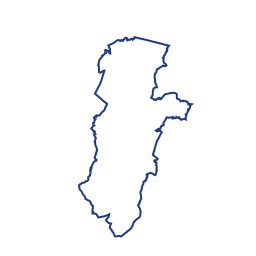 the district of Livezi, Bacau, Romania, rotated 133°
{"feature_id": "2599482B64810477676491", "entity_name": "Livezi", "entity_type": "district", "adm_level": 2, "iso_a3": "ROU", "parent_name": "Romania", "parent_adm1": "Bacau", "projection": "equal_earth", "projection_center": [26.736, 46.405], "detail": "fine", "context": "isolated", "style": "outline", "palette": "blue", "viewbox_px": 256, "rotation_deg": 133, "n_neighbors": 0, "source": "geoboundaries", "source_scale": "gbopen_adm2", "svg_char_len": 5649}
<svg xmlns="http://www.w3.org/2000/svg" viewBox="0 0 256 256"><g transform="rotate(133 128 128)"><path d="M213.8,88.8L209.0,85.3L205.1,83.2L204.0,82.9L205.5,81.9L206.5,81.5L209.8,81.5L210.6,81.1L210.7,77.4L209.5,75.2L211.5,74.5L213.3,73.4L213.6,72.5L213.7,70.3L214.0,70.0L214.4,69.0L214.4,67.7L215.6,65.2L216.0,64.0L216.1,63.4L213.4,61.2L212.8,60.6L212.4,59.9L212.2,59.3L211.7,59.0L199.6,57.3L197.3,57.9L196.7,57.9L192.6,59.7L191.9,59.4L189.5,59.5L185.5,58.7L183.0,59.7L180.8,61.7L180.1,62.1L179.5,63.4L178.6,64.9L178.4,65.9L177.7,67.9L175.8,67.9L175.4,68.2L175.0,68.9L174.6,69.0L174.1,68.8L173.3,69.5L172.6,69.4L171.8,69.9L170.6,70.2L167.7,73.6L167.3,74.4L165.9,75.6L164.5,75.7L163.1,76.6L162.5,76.7L161.6,77.5L159.8,78.3L158.2,78.7L157.0,79.9L155.6,79.8L155.7,79.4L155.1,79.0L153.7,79.6L153.8,79.4L153.2,79.4L150.2,80.9L150.5,81.2L149.1,82.0L149.3,82.5L148.5,82.5L148.5,82.2L145.5,81.1L144.5,78.3L144.5,77.2L143.8,75.9L140.4,77.3L139.0,78.2L138.9,78.4L139.2,78.7L137.4,80.0L135.7,82.0L135.8,82.4L135.0,82.6L133.9,83.6L134.6,85.3L134.5,85.9L134.1,86.4L133.5,86.4L133.1,86.2L132.8,85.6L132.4,85.5L130.7,85.1L130.4,85.2L130.2,85.7L130.7,90.0L130.4,90.8L130.7,91.4L128.3,92.7L126.9,93.1L127.0,93.3L119.5,97.1L117.5,98.0L115.0,98.5L111.0,99.8L108.1,100.3L108.0,102.0L108.3,102.7L108.9,103.5L110.5,104.2L110.9,105.0L110.9,105.8L107.7,105.2L106.8,103.9L104.4,104.7L103.5,104.6L103.4,104.7L103.5,104.9L103.4,104.9L103.0,104.8L101.9,103.9L101.4,103.9L100.6,105.3L93.6,106.9L92.9,105.3L92.0,104.6L91.7,104.6L90.4,103.0L89.9,103.2L89.5,103.1L89.4,102.9L89.7,102.4L90.0,102.4L90.6,101.8L90.0,101.4L89.6,101.6L89.1,101.5L88.7,100.2L88.3,99.8L87.5,99.6L86.9,100.1L86.6,98.4L85.2,98.0L85.3,97.6L85.9,96.7L85.9,95.9L85.6,95.6L85.4,95.1L85.7,94.7L85.2,94.3L84.5,94.2L82.5,92.5L82.3,91.6L81.1,93.1L78.8,93.9L78.7,94.9L78.3,94.7L76.8,95.0L76.1,95.4L75.0,95.3L74.7,95.8L74.1,95.9L73.7,96.2L73.6,96.5L73.1,96.7L72.9,96.1L72.6,95.9L71.9,96.4L70.0,97.0L69.4,97.9L69.1,98.0L67.2,97.6L68.3,99.1L68.9,99.1L68.9,99.4L69.6,99.8L69.4,100.3L68.9,100.8L68.4,101.9L68.7,102.6L68.8,103.7L69.2,104.5L69.9,105.2L70.5,105.6L70.4,106.2L70.7,106.6L72.7,107.7L72.1,108.8L72.1,109.3L72.4,110.3L72.6,111.5L73.1,112.0L72.1,113.5L70.5,114.7L69.9,115.7L70.3,117.0L70.9,118.4L73.3,120.6L78.1,123.9L79.6,123.9L84.5,123.6L84.8,123.9L84.6,124.2L84.7,124.7L84.1,125.0L84.2,125.4L85.0,125.4L85.0,125.7L85.3,125.8L85.8,125.6L86.0,126.4L87.8,126.5L87.9,127.0L89.0,127.0L89.1,127.7L89.4,128.2L89.7,130.3L90.2,131.5L88.9,132.1L87.4,132.2L84.4,134.7L81.7,136.3L80.0,135.7L78.6,135.1L78.4,134.8L78.1,135.6L77.7,135.7L77.5,136.1L76.0,139.6L75.4,140.0L74.1,141.2L73.5,142.4L71.2,144.4L69.9,145.4L69.0,145.2L68.0,145.3L66.5,146.3L64.7,146.8L64.2,146.3L63.6,146.0L62.4,146.0L61.1,145.5L58.8,145.0L58.3,144.8L58.2,144.0L57.8,143.5L57.5,143.3L57.3,143.3L56.8,142.7L55.9,142.6L55.6,143.7L55.7,146.3L54.1,148.7L53.7,149.1L52.8,149.5L52.8,149.9L52.5,149.7L52.0,150.3L51.3,150.3L51.1,150.9L50.6,151.1L49.0,150.9L47.7,151.3L47.6,151.7L47.3,151.8L46.5,151.8L46.1,152.1L45.6,152.0L45.4,151.8L45.0,151.8L44.1,152.7L44.2,152.9L43.6,153.0L43.3,153.8L42.5,153.7L42.0,154.1L41.1,154.0L40.6,154.2L39.9,154.2L50.6,173.8L57.2,185.2L58.1,184.5L58.9,184.9L59.3,184.5L60.2,184.7L60.0,185.8L60.1,186.2L62.0,186.6L62.1,187.1L64.1,188.0L63.8,188.3L64.1,189.1L63.3,189.5L63.4,189.9L63.1,190.4L63.6,191.2L64.1,191.6L65.1,191.3L66.2,191.4L67.4,191.0L67.8,191.7L67.8,192.0L68.2,192.0L68.1,192.6L68.7,192.7L69.1,193.3L69.7,193.2L69.7,194.1L70.8,195.5L76.0,196.6L81.0,198.7L81.7,196.9L82.3,196.2L82.4,195.2L83.0,194.4L83.8,193.9L84.5,193.2L84.9,192.5L85.6,191.8L85.9,192.5L85.6,193.7L85.4,193.7L85.5,194.0L85.2,194.0L84.7,194.5L85.3,195.1L85.9,197.0L86.3,197.8L86.7,197.8L87.1,197.4L87.4,196.9L87.4,196.2L87.8,196.2L87.9,195.6L88.2,195.2L88.7,195.6L91.4,195.7L91.7,196.0L92.3,196.2L92.3,195.7L97.1,195.4L98.1,195.1L99.6,194.4L102.0,192.5L102.3,192.6L102.3,192.0L103.5,190.8L104.0,190.0L106.9,187.4L106.8,186.6L106.5,186.1L106.0,185.8L103.3,185.2L102.2,184.4L111.5,179.8L114.5,178.6L125.4,175.6L125.0,165.9L125.1,165.4L124.7,161.2L124.7,159.5L127.8,158.7L128.5,158.7L128.8,158.6L129.2,158.0L130.3,157.7L132.4,157.4L133.5,157.7L135.8,157.7L138.0,157.4L139.1,158.0L140.2,159.6L141.0,159.8L141.1,159.5L141.4,159.5L141.6,159.1L141.8,159.6L142.5,159.9L143.1,159.9L143.4,159.6L143.6,159.8L144.3,158.6L144.0,157.7L145.1,157.6L146.9,156.7L147.7,156.8L147.7,156.5L148.7,156.3L148.9,155.7L149.1,155.7L149.4,155.0L149.3,154.4L150.6,154.8L153.5,154.5L153.5,150.9L153.3,150.2L154.2,150.2L154.1,148.9L154.4,148.6L154.6,147.9L155.2,148.4L155.9,148.1L156.2,148.2L156.3,148.0L156.8,145.9L157.1,145.5L157.3,144.6L158.7,144.1L160.0,143.2L161.2,142.0L161.3,142.3L162.6,140.4L164.0,137.3L165.1,136.1L165.0,135.8L165.4,135.5L165.8,135.5L166.7,134.8L168.7,134.0L169.3,133.5L171.0,132.8L171.4,132.8L171.5,132.6L172.7,131.9L172.9,130.3L172.6,129.5L173.2,129.0L173.7,128.9L175.1,129.7L177.2,129.6L180.8,128.5L182.0,127.4L182.6,128.0L183.0,127.4L183.6,127.6L185.0,126.5L184.5,126.2L185.9,125.3L186.7,124.5L187.6,124.2L188.7,123.4L190.1,123.5L190.8,123.7L191.6,123.3L192.0,122.4L193.5,121.5L195.0,121.9L195.7,122.4L197.8,122.8L198.8,123.7L200.0,124.2L200.6,124.1L202.3,124.8L202.6,124.6L203.2,124.7L203.5,124.5L203.7,124.0L204.1,123.8L204.5,123.2L204.8,123.1L205.1,122.4L205.7,121.8L206.2,118.5L207.2,115.7L207.5,113.1L208.3,111.5L208.9,110.7L208.6,110.3L208.3,108.4L207.8,107.0L207.6,105.8L207.9,104.5L208.6,103.6L209.0,102.5L209.1,102.0L208.8,101.3L208.8,100.8L210.5,99.1L212.2,98.1L212.6,97.7L212.9,97.2L213.4,97.0L213.3,96.2L214.7,95.8L214.7,95.4L214.3,95.2L213.4,94.3L212.6,92.5L213.2,90.1L213.8,88.8Z" fill="none" stroke="#1e3a8a" stroke-width="2"/></g></svg>